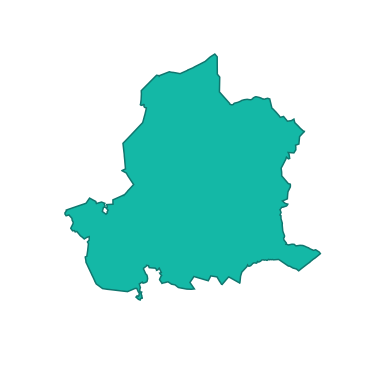 outline of Lauberes pag., Ogre, Latvia, rotated 332°
{"feature_id": "27541924B63076675035337", "entity_name": "Lauberes pag.", "entity_type": "district", "adm_level": 2, "iso_a3": "LVA", "parent_name": "Latvia", "parent_adm1": "Ogre", "projection": "albers", "projection_center": [25.005, 56.837], "detail": "fine", "context": "isolated", "style": "filled", "palette": "teal", "viewbox_px": 384, "rotation_deg": 332, "n_neighbors": 0, "source": "geoboundaries", "source_scale": "gbopen_adm2", "svg_char_len": 5745}
<svg xmlns="http://www.w3.org/2000/svg" viewBox="0 0 384 384"><g transform="rotate(332 192 192)"><path d="M213.8,72.8L202.2,76.4L194.8,78.7L194.2,79.9L193.4,81.6L190.5,86.5L187.9,90.2L187.4,90.6L187.4,91.0L188.3,91.9L190.4,92.0L190.7,92.3L190.4,92.9L190.0,93.4L189.8,93.9L189.8,94.8L190.1,95.3L191.2,96.3L190.6,97.1L190.1,97.7L186.8,101.5L185.6,102.7L183.0,105.5L181.5,107.1L181.2,107.4L181.0,107.6L159.9,114.7L153.9,116.6L151.8,121.9L149.9,126.8L149.1,128.5L147.5,132.4L144.1,140.4L140.2,140.2L140.2,140.3L142.9,144.4L143.0,147.9L143.7,155.4L143.8,156.2L144.0,158.0L138.4,160.0L136.2,160.7L134.7,161.4L131.4,162.6L131.0,162.7L130.0,162.5L129.9,162.8L129.7,162.6L121.0,162.0L118.5,161.8L116.5,165.7L110.8,163.1L110.1,165.6L108.6,165.5L109.4,168.7L107.6,169.8L107.5,170.7L105.6,171.2L103.7,167.1L106.6,164.0L107.7,164.4L107.8,164.4L108.7,163.5L108.7,161.9L109.7,161.1L107.4,158.4L102.2,157.3L102.6,155.2L98.7,149.3L94.5,151.5L93.1,152.2L92.5,152.1L86.4,151.1L73.1,149.0L72.4,149.0L72.4,149.4L72.4,149.6L70.0,150.8L69.5,151.9L69.7,153.9L72.6,154.5L72.6,154.9L72.7,155.2L73.0,156.4L73.6,158.8L73.5,159.3L73.2,160.0L73.0,160.3L72.9,160.7L72.9,162.8L72.6,163.4L72.0,164.2L68.2,166.9L67.9,167.2L68.3,170.2L70.1,170.9L70.1,172.4L71.8,172.8L72.9,178.3L73.9,180.4L74.8,182.9L77.9,182.7L80.3,183.1L80.1,183.6L78.6,186.2L76.2,187.0L76.2,187.3L76.3,189.0L72.2,195.0L68.9,199.4L67.3,199.2L67.2,199.3L66.1,202.7L65.4,204.3L65.3,207.0L65.1,210.3L64.8,217.0L64.7,217.9L64.7,218.4L64.6,221.4L64.4,224.7L64.3,225.1L64.3,225.3L64.3,228.3L65.5,230.7L67.7,235.3L71.9,238.4L74.3,240.0L88.3,249.7L96.4,250.4L98.0,251.2L98.0,251.3L97.7,254.9L97.9,255.9L97.8,257.0L97.2,257.5L96.7,258.4L95.7,258.9L94.8,257.9L93.2,258.5L93.5,259.3L94.3,261.6L95.5,263.0L96.1,262.4L96.5,262.1L97.2,262.2L98.2,262.4L98.3,262.3L98.4,262.1L98.1,261.8L98.1,261.6L98.7,260.9L98.8,260.2L99.1,259.8L99.1,259.1L99.2,258.5L99.3,258.2L99.2,257.8L99.5,257.6L100.4,257.0L100.6,256.7L99.8,256.2L99.3,255.7L99.2,255.5L100.0,254.0L100.3,253.4L101.5,252.2L101.7,251.8L101.7,251.6L101.6,251.4L102.3,248.4L105.2,248.2L105.8,248.2L105.9,249.3L106.0,249.4L106.0,249.5L108.1,250.0L109.8,250.0L110.2,249.9L111.4,248.6L111.8,248.1L112.0,247.9L112.3,247.3L112.3,247.2L112.8,245.9L113.2,244.2L112.7,242.4L113.0,238.4L113.0,237.2L113.5,236.6L117.8,235.8L117.8,235.7L119.0,236.6L118.7,238.7L122.2,241.0L123.7,241.9L123.9,242.2L124.0,242.7L124.3,243.9L124.2,244.2L124.0,244.5L125.2,244.7L125.7,244.5L126.9,243.9L127.3,243.8L127.2,246.8L127.1,248.7L125.4,248.4L125.5,249.8L126.0,251.4L124.7,252.1L123.8,252.8L122.5,253.8L122.2,254.2L122.6,258.2L122.6,258.6L123.5,258.7L126.6,259.6L126.8,259.5L128.7,260.1L130.6,263.7L133.4,266.0L135.1,269.9L137.3,271.7L141.7,275.2L145.8,277.6L148.6,278.7L147.7,270.9L151.7,268.8L154.0,267.5L164.7,278.0L169.2,274.9L174.2,278.7L174.4,283.1L174.4,283.7L174.5,283.7L174.8,287.9L174.6,288.0L179.0,286.3L180.7,285.6L184.4,284.2L184.6,284.2L189.6,292.0L189.8,292.3L189.9,292.5L191.4,294.7L191.4,294.8L191.5,294.8L191.7,294.6L195.2,289.4L195.4,289.1L198.4,286.1L205.3,283.7L206.8,282.6L206.8,283.5L207.0,283.9L207.4,284.2L208.1,284.5L208.9,284.5L209.2,284.6L212.4,283.6L213.6,283.7L215.4,285.0L215.8,285.1L216.4,284.8L216.9,284.2L217.3,284.1L217.4,284.3L217.7,284.9L218.1,285.2L220.0,285.3L221.7,284.8L221.9,284.8L222.7,285.2L223.1,285.3L223.7,286.0L224.2,286.2L225.3,286.6L225.7,287.2L226.2,287.6L226.6,287.6L227.9,287.4L228.0,287.5L228.3,288.1L228.7,288.1L229.4,288.4L230.8,289.3L231.2,289.3L231.7,289.7L232.2,290.2L236.8,292.2L237.4,293.2L242.3,302.6L243.4,303.3L245.5,306.6L246.7,307.7L247.1,308.1L247.8,308.8L248.1,309.1L249.2,311.7L252.6,311.0L261.3,309.5L261.6,309.5L263.2,309.3L263.3,309.1L266.5,308.5L267.2,308.3L269.6,308.1L275.5,306.9L276.4,306.7L276.2,304.9L274.1,301.1L271.9,300.6L269.5,297.5L268.7,296.0L267.2,294.3L266.2,292.9L264.8,291.3L262.4,289.8L258.5,288.4L257.6,286.1L255.7,285.0L252.2,284.0L251.1,282.6L250.5,282.3L251.0,281.8L251.2,281.5L251.3,281.2L250.7,277.5L251.0,276.4L251.3,275.8L251.6,275.5L251.8,275.4L252.2,275.3L252.5,274.9L253.0,274.5L253.1,274.3L253.6,270.4L253.9,268.8L254.2,268.2L256.2,263.4L256.9,262.3L257.1,261.9L258.0,257.6L258.1,257.2L259.4,254.7L259.0,254.2L258.9,253.9L258.9,253.6L261.0,251.9L261.3,250.1L261.3,249.8L261.4,248.9L261.5,248.9L263.2,248.0L264.0,247.6L265.1,248.1L268.9,248.7L270.5,248.1L270.9,247.7L269.7,246.6L269.0,245.8L268.7,245.3L267.6,242.4L272.9,242.8L273.0,242.8L275.1,239.4L276.8,236.9L277.0,236.7L278.0,236.0L279.0,235.3L281.2,233.7L282.2,232.0L282.4,231.3L282.4,231.1L281.0,229.9L278.8,219.9L280.5,216.5L281.9,212.8L284.3,211.2L290.2,207.1L291.7,205.6L292.7,208.0L294.0,208.2L295.4,204.3L295.5,202.3L300.3,205.3L303.5,203.5L303.5,203.3L304.6,201.4L305.4,199.3L308.9,199.8L313.0,193.6L317.6,192.0L319.4,191.5L319.7,191.2L319.0,190.6L317.5,186.5L316.7,183.4L315.8,180.6L315.3,179.0L316.2,175.5L314.2,175.6L313.1,175.6L309.5,174.3L308.3,168.3L305.0,167.5L304.7,165.4L303.8,161.5L302.5,156.7L302.0,155.8L302.1,154.8L303.7,148.6L304.3,146.3L304.0,146.1L303.7,145.8L302.9,144.8L301.0,144.3L299.7,144.1L299.2,143.9L298.9,143.7L298.8,143.4L297.9,142.9L297.9,142.7L297.4,141.9L295.9,140.2L293.6,138.2L292.6,137.7L290.2,137.7L289.1,138.2L288.5,138.2L287.6,138.2L287.1,138.1L285.7,137.2L284.7,136.4L284.0,136.0L281.6,135.1L278.9,134.5L277.4,134.6L274.8,134.4L271.9,133.7L271.1,133.5L270.2,133.7L269.7,134.1L269.1,134.0L267.8,133.6L266.6,132.1L266.8,131.7L266.8,131.4L264.0,119.8L263.2,116.5L270.4,103.6L269.7,99.8L273.7,92.1L277.7,84.5L276.9,80.9L272.9,81.2L271.1,81.4L264.9,82.9L253.0,82.7L251.0,82.8L245.5,82.3L245.4,82.5L238.0,82.0L237.3,82.0L237.0,81.9L236.0,81.1L233.9,79.4L231.2,77.3L230.9,77.3L228.4,75.2L218.3,74.0L217.5,74.3L217.6,73.9L215.6,72.3L213.8,72.8Z" fill="#14b8a6" stroke="#0f766e" stroke-width="1.5"/></g></svg>